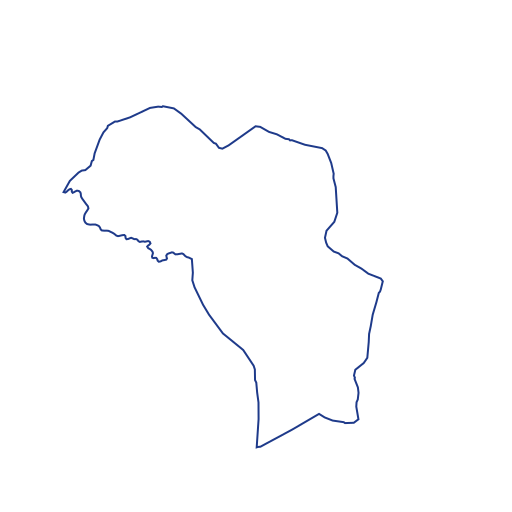 Acatenango, Chimaltenango, Guatemala (Robinson projection), rotated 54°
{"feature_id": "79465075B13136333773356", "entity_name": "Acatenango", "entity_type": "district", "adm_level": 2, "iso_a3": "GTM", "parent_name": "Guatemala", "parent_adm1": "Chimaltenango", "projection": "robinson", "projection_center": [-90.976, 14.55], "detail": "fine", "context": "isolated", "style": "outline", "palette": "blue", "viewbox_px": 512, "rotation_deg": 54, "n_neighbors": 0, "source": "geoboundaries", "source_scale": "gbopen_adm2", "svg_char_len": 2927}
<svg xmlns="http://www.w3.org/2000/svg" viewBox="0 0 512 512"><g transform="rotate(54 256 256)"><path d="M238.7,147.7L236.9,146.4L235.1,144.8L225.0,140.5L215.5,138.0L211.6,137.6L209.5,138.4L207.6,139.1L194.8,151.0L183.4,158.9L182.5,160.5L180.9,160.7L178.5,163.3L169.8,167.6L163.3,172.5L154.0,176.7L150.8,180.1L150.4,213.2L149.4,220.1L146.7,222.4L141.6,222.4L139.7,223.7L120.5,227.1L116.3,229.0L97.1,232.8L88.3,235.7L80.1,243.3L80.1,244.6L77.7,247.3L73.9,254.7L69.8,276.4L65.7,289.2L64.3,291.1L63.6,299.3L65.1,301.2L66.3,306.7L69.9,314.0L78.1,326.2L82.7,331.1L82.7,333.0L85.7,336.7L86.2,343.6L84.5,346.7L84.2,350.5L85.8,362.4L91.2,374.1L92.6,373.0L92.7,371.6L92.4,369.5L92.4,367.7L92.9,366.3L94.3,366.2L95.7,367.2L97.1,367.2L97.4,365.7L97.5,364.4L97.9,362.4L99.3,361.1L101.3,360.7L102.7,361.2L104.1,362.1L105.5,362.7L107.3,362.9L108.8,362.9L111.0,362.9L114.4,362.9L115.8,362.8L117.1,362.8L119.0,363.6L119.5,364.7L120.1,366.2L120.6,367.7L121.1,368.9L121.6,370.0L122.3,371.0L123.7,372.4L124.7,373.3L126.3,374.0L127.5,374.3L128.8,374.4L130.8,373.9L132.3,372.6L133.2,371.7L134.1,370.3L135.1,368.9L136.2,367.4L137.4,366.6L138.4,366.0L139.6,365.5L141.2,365.5L143.3,366.0L144.7,365.7L146.3,363.9L147.1,362.8L147.9,361.7L149.0,360.5L150.1,359.9L151.1,359.4L152.7,358.5L154.6,357.7L156.1,357.3L157.4,357.0L158.8,356.0L159.4,354.8L160.2,352.8L160.7,351.7L161.6,350.2L163.1,349.9L164.7,350.9L166.3,350.9L167.1,349.4L167.5,347.6L167.9,346.3L169.5,345.3L170.8,344.6L171.8,343.1L173.1,342.4L174.6,342.4L176.1,341.9L176.7,341.0L177.1,339.9L178.1,338.4L179.1,337.6L179.7,336.4L180.1,335.3L180.8,334.2L182.2,333.6L183.8,334.0L184.2,335.8L184.1,337.0L184.4,338.5L186.4,338.6L187.7,337.9L189.3,337.3L191.1,337.2L192.2,337.3L193.2,337.8L194.2,339.1L195.2,340.4L196.5,340.9L197.6,340.0L198.0,338.9L198.9,337.8L200.6,337.8L202.0,338.3L203.5,338.0L204.1,336.8L204.4,335.7L204.5,334.4L205.5,332.4L206.2,330.7L205.6,329.4L204.3,329.0L202.9,328.3L202.3,326.6L202.6,325.1L203.1,323.6L203.6,321.9L204.7,320.9L206.1,320.6L207.3,320.2L208.5,318.4L209.0,317.3L209.7,315.9L210.4,314.4L211.8,313.6L213.5,313.4L214.7,313.2L216.5,312.4L217.6,311.4L220.8,309.7L232.4,316.9L238.2,321.8L245.2,324.1L264.3,327.5L275.8,328.5L299.2,328.3L324.5,321.6L343.4,322.4L347.1,323.6L355.8,329.7L358.6,330.2L367.1,335.3L376.0,340.1L389.5,349.8L411.2,367.9L411.6,366.7L412.9,364.5L413.7,358.4L417.7,328.8L420.8,297.8L427.0,295.3L434.2,290.7L442.0,282.7L443.5,282.2L448.4,274.9L448.3,269.1L436.8,263.4L433.4,260.6L431.9,258.0L427.0,253.5L422.2,250.8L413.3,248.5L412.7,247.6L410.3,247.0L406.4,242.5L405.9,231.7L403.8,225.8L391.9,215.4L385.5,210.3L380.3,204.5L372.1,196.1L364.1,185.7L358.0,178.3L357.7,176.6L356.3,174.6L351.0,168.3L347.6,168.3L336.4,175.5L328.2,178.1L321.2,181.3L311.8,183.5L306.8,186.5L302.4,187.6L298.1,190.5L290.3,192.3L286.4,191.4L281.8,189.5L277.0,184.1L274.4,172.6L268.8,164.8L247.1,151.0L238.7,147.7Z" fill="none" stroke="#1e3a8a" stroke-width="2"/></g></svg>